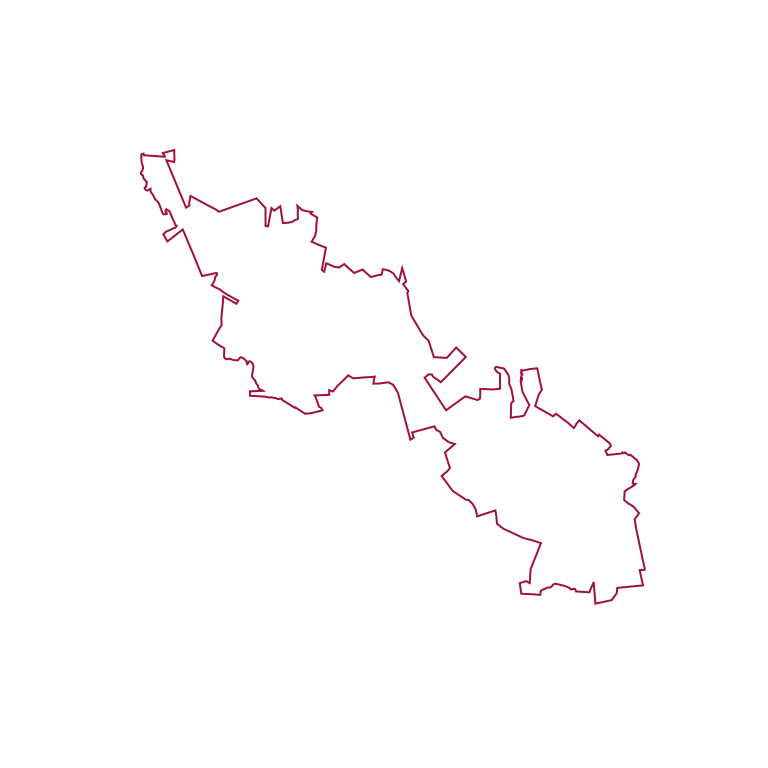 the district of La Independencia, Chiapas, Mexico, rotated 210°
{"feature_id": "50627088B70315927175396", "entity_name": "La Independencia", "entity_type": "district", "adm_level": 2, "iso_a3": "MEX", "parent_name": "Mexico", "parent_adm1": "Chiapas", "projection": "orthographic", "projection_center": [-91.79, 16.214], "detail": "fine", "context": "isolated", "style": "outline", "palette": "rose", "viewbox_px": 768, "rotation_deg": 210, "n_neighbors": 0, "source": "geoboundaries", "source_scale": "gbopen_adm2", "svg_char_len": 6138}
<svg xmlns="http://www.w3.org/2000/svg" viewBox="0 0 768 768"><g transform="rotate(210 384 384)"><path d="M691.0,473.4L689.6,472.6L687.9,471.8L687.5,471.2L706.4,462.0L707.4,463.3L708.6,462.2L709.0,461.6L707.3,458.7L707.0,458.0L705.4,455.9L704.7,454.7L703.7,453.6L702.4,452.7L700.7,450.9L700.5,450.2L700.0,447.7L700.0,446.8L700.3,445.7L699.9,444.9L699.4,444.4L698.4,444.1L697.5,444.1L696.7,443.9L695.7,442.4L694.9,441.8L693.8,441.4L692.8,441.2L692.2,440.7L691.7,440.5L690.7,440.6L689.5,438.6L689.2,437.7L689.2,437.1L688.9,436.7L688.7,435.8L689.4,434.3L689.0,433.8L687.7,433.0L686.6,432.9L685.6,433.2L685.0,434.0L684.6,435.1L683.8,436.3L683.2,435.2L681.9,433.6L679.2,432.6L674.7,429.7L670.0,428.4L669.7,427.9L668.0,426.9L661.8,421.7L660.7,421.0L659.6,420.7L657.2,422.5L657.7,423.5L658.1,423.9L658.6,423.9L658.9,423.7L659.5,424.1L659.9,424.8L659.8,425.1L660.2,426.0L659.9,426.5L659.6,426.6L656.0,426.3L647.9,420.1L646.0,419.0L644.2,417.4L642.6,417.3L642.7,415.4L643.0,414.8L643.5,414.5L643.5,414.2L644.6,413.1L647.2,409.1L648.4,407.9L649.0,406.6L650.0,403.3L642.9,399.2L635.5,417.2L613.9,400.8L595.5,386.5L584.8,396.3L583.8,396.3L583.3,394.7L583.3,394.0L583.6,392.9L583.5,391.7L582.5,388.9L582.4,384.4L582.5,383.3L577.3,383.5L573.1,383.8L570.4,383.3L564.3,383.0L554.5,383.1L553.9,383.3L551.8,383.2L551.9,379.7L567.1,379.6L563.8,373.0L557.7,359.5L554.2,354.2L554.3,345.4L554.1,335.8L546.8,335.1L541.1,335.1L540.1,335.0L536.3,327.9L535.3,327.0L534.9,326.7L533.3,326.6L532.4,327.0L531.1,328.3L530.5,328.6L526.4,329.5L522.9,331.1L522.5,331.5L522.2,332.3L522.2,333.6L521.9,334.2L521.8,335.0L521.3,335.6L521.0,335.7L519.9,335.9L519.0,335.8L518.4,336.0L515.9,335.4L515.2,335.0L514.5,335.0L514.1,334.7L512.5,332.7L512.2,332.7L512.2,336.1L511.6,336.5L510.8,336.7L509.1,336.4L508.4,336.1L507.6,335.7L506.6,334.7L505.5,333.4L504.6,330.8L503.5,328.2L503.0,326.4L502.4,324.8L500.6,323.7L499.2,323.1L498.1,322.9L496.5,322.1L495.8,321.1L495.0,320.8L494.1,320.2L492.4,319.7L491.8,318.9L490.1,317.4L489.4,317.3L488.5,317.4L487.8,317.3L486.3,317.7L485.3,317.6L496.5,310.6L494.1,306.8L480.0,313.9L478.1,314.5L476.3,315.1L475.5,315.6L475.0,316.1L474.2,316.2L472.6,317.0L471.9,317.1L471.2,317.6L470.7,317.7L468.5,317.8L467.6,318.3L465.4,320.4L464.4,319.3L449.1,318.8L449.1,319.4L437.2,318.8L436.2,319.9L435.4,320.3L433.5,321.5L430.0,324.7L424.1,330.5L425.3,331.4L426.5,331.9L427.6,331.9L428.6,331.7L436.7,338.4L438.4,339.4L426.0,347.2L428.4,351.3L424.5,351.9L424.1,353.4L423.4,359.0L421.2,366.5L419.3,373.6L415.2,373.5L413.3,373.6L404.5,379.8L399.9,382.7L395.7,385.8L394.7,382.1L393.3,379.0L387.5,382.6L381.2,387.6L380.9,387.7L380.3,387.7L375.7,387.9L367.7,383.5L333.3,349.0L331.5,352.5L335.4,356.1L319.2,372.5L315.8,370.4L311.5,370.6L306.1,366.8L298.8,366.0L292.6,367.5L297.0,355.2L284.8,344.1L285.7,339.5L288.1,333.2L270.9,325.7L257.3,324.9L255.9,324.7L255.5,324.7L252.7,325.9L246.9,324.3L241.7,321.1L237.1,315.9L233.5,320.1L224.3,330.2L220.4,325.4L216.3,319.5L209.1,318.5L207.7,318.4L186.2,320.3L178.4,322.6L168.5,324.7L164.4,296.8L158.2,284.4L162.4,284.3L166.9,279.4L160.2,271.0L149.0,276.8L143.2,279.5L144.8,283.0L143.9,285.0L142.8,286.3L142.3,287.3L141.6,287.9L140.8,289.3L138.9,290.5L138.2,291.2L137.6,292.1L137.4,294.2L137.2,294.9L136.6,295.8L135.5,296.8L128.7,298.9L125.2,299.7L121.2,300.1L119.3,299.5L117.0,301.6L115.8,302.0L114.1,300.3L103.4,305.6L102.1,306.1L103.3,317.2L91.1,299.5L78.8,310.6L77.9,318.3L78.2,320.2L79.4,322.4L79.5,322.9L79.9,323.3L80.0,324.1L59.0,339.1L69.5,350.6L65.4,353.4L66.0,354.7L69.2,358.0L93.2,384.7L99.3,392.2L98.5,399.7L106.8,402.6L113.2,402.7L118.0,403.6L119.2,405.9L120.6,409.0L121.9,411.1L120.7,414.1L118.1,418.7L117.8,419.7L117.3,420.0L116.2,423.1L118.1,422.2L118.5,422.1L118.9,422.1L120.2,425.5L119.7,430.2L120.6,431.0L120.9,432.6L121.0,434.8L121.7,437.8L123.2,442.5L127.2,444.6L135.2,445.9L135.7,445.6L136.4,444.7L139.9,445.1L140.4,445.0L140.8,445.2L140.9,444.8L141.1,444.5L141.4,444.5L141.9,443.9L142.7,443.9L142.8,443.8L143.3,444.0L143.6,443.0L143.5,442.8L144.0,442.2L155.1,434.2L158.9,437.0L157.4,439.0L157.1,441.1L156.6,442.7L156.5,443.5L157.9,445.2L159.6,445.6L172.4,447.7L172.5,445.7L196.7,450.2L197.6,445.1L197.2,443.9L197.6,440.7L205.5,442.5L211.3,443.1L220.1,444.3L221.4,440.5L242.0,440.4L244.7,452.2L244.4,458.1L250.5,464.5L256.5,471.4L259.2,474.2L264.9,470.0L270.1,465.5L271.9,464.7L270.9,463.8L271.4,462.7L269.9,461.5L269.3,461.8L269.0,461.3L269.6,461.0L268.8,459.3L268.8,458.4L268.3,457.5L267.8,457.8L267.7,457.5L267.1,457.7L266.8,457.2L267.5,456.8L267.6,455.8L267.1,455.0L266.6,455.3L266.4,455.0L267.0,454.7L266.9,454.5L260.0,446.3L247.6,438.4L246.8,426.9L248.4,425.2L251.2,422.9L253.0,421.7L257.3,418.2L264.2,430.9L263.9,431.9L263.9,432.6L263.3,434.1L271.1,443.3L275.7,446.8L276.6,448.3L277.8,450.6L278.6,451.7L280.6,453.8L281.5,454.4L287.7,457.4L295.4,454.9L295.8,454.3L295.9,453.7L295.3,452.3L293.5,451.5L291.2,450.8L288.7,451.0L281.2,438.0L284.0,435.8L287.2,433.6L298.2,427.9L295.4,423.1L293.6,419.2L294.9,416.9L307.4,414.0L317.1,392.3L351.9,409.7L350.7,413.4L350.1,414.8L347.1,416.2L346.4,415.6L345.5,415.0L343.2,414.6L340.4,414.6L335.7,413.9L327.4,445.4L326.8,448.3L339.7,451.7L342.7,438.0L354.2,432.2L367.0,443.8L373.5,445.4L376.1,446.5L394.6,456.9L409.4,474.6L409.3,476.6L417.3,480.0L416.1,483.9L426.2,493.5L422.4,480.6L427.9,482.7L430.9,484.4L435.0,484.7L438.7,484.2L442.4,482.8L440.8,477.4L443.8,475.1L448.9,470.1L455.5,471.4L459.1,472.3L459.6,472.6L465.5,465.1L466.4,465.4L476.2,467.4L478.4,468.0L481.0,462.6L485.1,460.8L494.3,459.7L492.0,451.3L494.9,451.7L502.4,473.0L510.0,471.9L517.8,471.0L517.7,477.3L518.2,479.4L519.7,483.7L521.9,487.5L524.6,493.4L525.0,494.8L532.8,494.9L532.3,497.0L536.8,495.2L541.7,493.7L548.1,495.0L545.4,491.5L545.1,490.6L543.1,487.1L541.1,484.0L541.4,483.3L542.1,482.4L543.3,481.2L543.8,480.0L544.9,478.1L545.8,477.5L546.9,476.3L549.9,474.2L552.0,472.8L562.7,486.1L565.7,479.3L569.4,480.1L563.2,462.5L565.6,461.6L574.6,477.1L587.2,481.0L613.1,450.6L613.8,450.5L615.7,451.0L616.3,451.1L626.1,450.6L645.6,450.1L642.8,442.5L641.7,441.3L643.6,437.8L684.4,469.0L676.8,471.3L677.6,473.5L682.7,481.7L691.0,473.4Z" fill="none" stroke="#9f1239" stroke-width="2"/></g></svg>